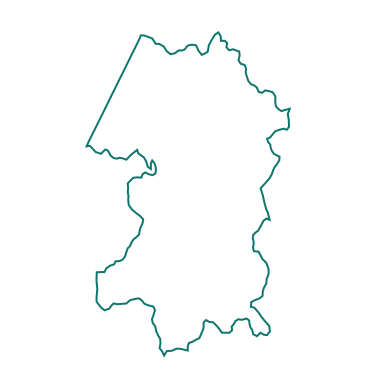 the district of São José do Povo, Mato Grosso, Brazil, rotated 175°
{"feature_id": "56859067B50563436026084", "entity_name": "São José do Povo", "entity_type": "district", "adm_level": 2, "iso_a3": "BRA", "parent_name": "Brazil", "parent_adm1": "Mato Grosso", "projection": "natural_earth1", "projection_center": [-54.277, -16.458], "detail": "fine", "context": "isolated", "style": "outline", "palette": "teal", "viewbox_px": 384, "rotation_deg": 175, "n_neighbors": 0, "source": "geoboundaries", "source_scale": "gbopen_adm2", "svg_char_len": 3134}
<svg xmlns="http://www.w3.org/2000/svg" viewBox="0 0 384 384"><g transform="rotate(175 192 192)"><path d="M237.9,39.2L235.6,35.8L234.0,31.5L231.0,35.7L226.0,35.6L220.6,37.4L216.7,36.6L213.1,35.5L210.1,34.4L209.6,38.8L208.2,41.8L204.5,42.8L201.3,44.3L197.4,45.8L195.3,49.6L192.4,55.2L191.8,61.0L189.2,63.2L185.8,60.9L182.5,60.5L180.0,57.7L177.6,54.5L174.6,49.3L167.2,48.5L164.1,50.7L164.2,54.4L162.0,56.6L160.0,59.7L156.8,61.2L153.7,60.3L148.7,61.2L146.3,59.1L146.2,55.7L145.7,52.2L144.1,49.6L143.4,44.9L139.7,42.7L136.2,45.8L132.9,43.6L129.8,42.9L126.5,46.4L126.7,51.8L130.8,57.2L133.8,61.7L136.1,66.0L139.9,71.3L143.3,72.5L142.6,77.1L138.1,79.0L133.7,80.3L130.8,82.3L130.1,87.0L128.6,90.5L125.9,94.4L125.2,99.0L123.7,101.7L122.6,104.8L122.5,109.0L124.2,115.0L127.7,119.1L129.5,123.5L130.8,126.7L135.4,127.6L136.1,131.1L134.8,136.2L135.5,140.4L134.8,143.8L132.5,145.9L129.4,147.7L126.3,152.4L123.3,157.1L120.2,159.1L117.1,157.5L118.3,164.9L119.5,168.3L120.5,173.2L121.4,179.8L122.1,184.4L123.4,189.7L118.8,193.9L114.5,197.9L112.7,200.2L110.9,202.9L108.2,208.7L104.9,212.4L102.3,215.9L101.7,219.5L107.0,222.8L108.7,225.7L109.8,229.0L109.9,232.4L111.9,235.3L112.6,238.5L109.6,239.4L106.6,242.5L104.0,245.1L99.5,246.4L95.2,247.0L92.0,245.8L89.6,248.6L89.3,255.8L89.8,261.4L87.4,266.4L91.4,265.8L95.7,264.8L98.6,266.9L101.0,270.2L101.2,274.5L100.6,280.0L103.0,284.4L105.8,285.5L110.2,286.9L113.5,284.7L116.7,285.8L118.5,290.7L120.8,292.8L123.8,294.1L126.2,297.7L127.4,302.5L128.1,306.3L127.4,310.0L128.5,314.0L132.3,315.5L134.2,319.2L132.7,323.5L132.7,327.8L138.8,330.6L142.7,330.0L145.1,333.3L144.0,337.3L146.1,339.8L149.9,340.0L149.9,344.9L151.8,348.7L155.2,346.9L158.3,343.0L162.4,336.8L163.3,333.3L164.2,330.2L167.5,328.7L170.4,327.8L173.3,332.4L175.2,337.8L179.3,338.8L183.5,338.2L187.0,334.6L189.9,333.8L192.8,334.3L197.0,331.7L201.4,331.1L205.0,334.6L207.4,339.3L211.6,342.3L215.3,342.8L218.1,348.3L221.8,350.2L226.3,352.2L229.3,352.5L231.1,348.9L262.0,298.1L273.9,278.4L290.4,251.4L293.0,246.7L289.9,246.9L287.7,244.5L284.6,240.3L279.4,238.0L274.6,241.9L272.1,240.5L269.8,235.2L267.1,232.7L264.2,231.8L261.1,232.4L257.5,231.3L254.6,229.9L249.3,234.6L242.9,238.7L242.2,235.3L236.9,230.6L235.0,226.5L233.8,220.9L231.0,218.5L230.5,223.9L228.9,226.9L227.0,224.2L226.0,220.3L226.0,217.0L226.9,213.7L229.6,212.2L233.4,213.4L236.9,215.6L239.8,213.9L241.1,210.8L246.0,211.4L249.4,211.2L253.0,208.2L255.3,206.1L255.2,202.0L256.0,197.6L255.6,193.3L256.2,189.9L256.2,184.7L253.4,179.9L249.9,176.3L245.7,172.5L243.0,169.0L244.0,165.1L246.3,161.2L247.5,157.9L248.6,154.0L251.7,151.7L254.7,149.6L257.0,146.4L258.7,143.3L261.0,141.5L263.1,136.7L264.4,133.5L267.2,130.5L270.3,129.5L274.2,129.6L275.9,126.7L279.9,125.8L283.9,123.5L286.3,119.9L289.8,120.2L293.9,120.3L294.9,111.7L294.8,103.4L296.3,95.5L296.6,91.0L292.8,85.0L289.4,81.8L284.6,83.0L282.5,85.6L279.8,87.8L276.2,86.7L271.4,86.7L267.2,86.6L263.1,89.6L257.6,90.5L254.2,90.7L251.4,88.3L249.2,84.9L245.4,82.9L240.4,81.2L239.2,77.5L240.9,73.2L243.0,68.6L242.5,65.0L240.3,61.2L239.6,55.9L238.0,51.5L236.5,48.5L236.6,43.8L237.9,39.2Z" fill="none" stroke="#0f766e" stroke-width="2"/></g></svg>